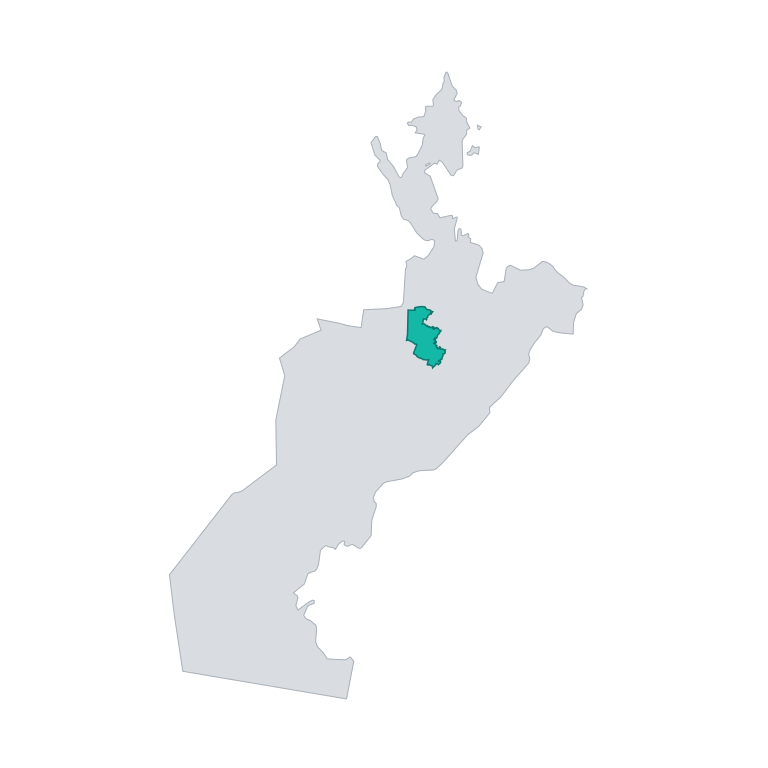 Nurata, Navoi, Uzbekistan shown in context, rotated 277°
{"feature_id": "79887680B28423618609803", "entity_name": "Nurata", "entity_type": "district", "adm_level": 2, "iso_a3": "UZB", "parent_name": "Uzbekistan", "parent_adm1": "Navoi", "projection": "robinson", "projection_center": [65.941, 40.555], "detail": "fine", "context": "in_parent", "style": "filled", "palette": "teal", "viewbox_px": 768, "rotation_deg": 277, "n_neighbors": 0, "source": "geoboundaries", "source_scale": "gbopen_adm2", "svg_char_len": 5670}
<svg xmlns="http://www.w3.org/2000/svg" viewBox="0 0 768 768"><g transform="rotate(277 384 384)"><path d="M610.2,347.0L621.8,341.7L628.4,345.3L629.0,347.2L621.9,351.1L615.5,353.2L613.6,358.1L607.3,360.2L601.0,367.0L591.1,373.9L590.9,375.4L591.8,376.5L595.1,377.3L601.9,381.1L608.3,379.0L609.9,379.4L611.6,381.7L613.5,387.9L616.5,389.6L625.8,392.9L632.7,392.9L636.2,394.2L636.8,393.6L637.0,384.3L640.0,385.9L643.1,384.7L644.3,380.1L643.5,377.0L645.8,375.3L647.0,376.5L647.2,379.2L650.7,381.1L653.2,385.7L654.1,390.9L660.6,392.3L662.9,391.3L664.7,391.9L665.7,398.6L666.7,399.1L672.2,397.8L677.6,400.6L683.4,405.6L689.8,406.0L691.1,406.9L695.7,406.1L701.0,407.5L701.2,408.3L700.3,409.4L687.9,415.5L684.6,419.8L681.8,421.2L674.3,418.8L673.1,421.4L674.6,424.0L672.9,426.8L669.0,425.8L668.1,424.4L664.4,425.1L660.1,429.5L658.1,433.2L654.0,434.3L648.5,438.0L646.1,435.1L642.0,435.5L636.6,432.5L633.9,432.0L609.8,435.8L607.9,435.2L605.2,430.3L599.2,427.6L599.3,425.1L611.5,414.7L612.9,411.5L608.7,409.8L609.3,407.0L601.2,398.7L599.7,398.2L598.6,398.5L595.8,404.6L574.5,415.2L571.4,414.2L566.5,410.3L563.3,408.9L559.5,412.2L559.7,416.2L555.8,419.3L559.6,430.1L559.2,431.5L556.5,431.9L558.6,436.0L556.9,436.4L546.6,434.9L534.7,437.4L535.0,439.1L545.7,438.8L547.2,439.5L547.4,440.9L546.8,441.7L541.2,442.6L540.7,444.3L543.7,449.1L542.3,450.2L540.3,449.3L538.7,452.4L535.1,452.3L533.3,461.5L530.3,464.8L526.3,466.4L501.0,462.2L494.4,465.1L490.1,469.3L487.3,479.4L487.6,480.6L498.5,484.5L500.2,490.7L513.3,491.2L515.5,492.2L516.6,493.8L517.2,495.4L513.6,505.5L515.1,514.4L517.3,518.6L525.1,526.4L524.8,530.7L523.0,534.5L520.9,537.8L518.6,539.3L515.3,543.5L512.5,548.7L507.0,555.5L505.2,559.4L504.7,570.4L503.2,573.7L503.0,572.4L501.0,571.2L495.2,570.8L494.1,569.4L486.7,572.0L482.0,570.8L477.2,566.3L468.1,564.6L456.6,565.7L456.2,554.3L456.7,545.8L460.6,539.1L460.4,537.8L458.5,535.5L451.6,533.7L443.4,528.4L435.8,524.9L431.6,523.8L426.7,525.7L422.4,525.1L402.4,511.4L385.4,501.6L373.8,491.5L368.3,492.6L353.4,483.1L343.9,473.3L312.3,451.4L306.1,446.0L304.6,443.3L302.3,429.9L299.6,423.8L295.6,420.5L292.2,414.1L287.2,398.4L285.4,395.5L276.0,388.9L270.6,387.3L266.5,388.4L264.3,390.9L261.1,391.2L247.3,388.5L232.0,389.7L218.8,381.7L218.0,380.4L218.1,378.2L220.8,372.9L220.3,370.6L218.6,368.1L218.7,365.4L219.9,363.9L222.4,364.4L223.3,363.5L223.1,362.1L220.0,358.8L214.0,355.8L215.3,353.7L215.7,348.6L216.6,346.0L215.9,345.0L211.3,341.2L196.4,341.0L192.9,340.0L190.1,338.5L187.4,332.8L186.0,331.5L175.7,329.2L165.5,319.4L163.2,323.8L161.2,324.6L153.3,323.5L149.2,326.2L158.6,336.2L160.7,339.2L160.5,341.1L157.7,341.4L155.3,336.6L153.7,335.2L144.5,332.5L141.3,335.6L140.4,339.4L136.1,346.0L131.3,347.1L120.1,347.5L116.7,349.0L114.4,350.8L109.9,356.5L104.2,361.1L105.5,379.4L109.0,383.9L105.1,387.8L66.8,385.2L74.3,219.3L129.2,204.0L168.5,194.3L255.7,246.4L257.7,248.5L258.8,253.0L261.0,256.6L290.6,287.2L335.1,281.0L380.1,284.5L397.0,277.1L410.2,290.5L418.5,295.4L429.7,315.0L440.5,309.8L438.7,333.2L437.5,340.4L437.2,354.4L455.2,354.8L459.1,377.4L463.1,391.7L467.0,393.3L501.0,391.3L503.6,392.3L508.4,390.9L511.6,395.4L515.0,398.5L512.7,408.4L516.9,412.3L526.4,416.9L532.3,416.8L533.3,415.1L533.0,412.8L531.6,410.4L531.7,407.5L532.5,405.3L538.1,397.9L547.3,390.5L549.3,387.8L550.0,383.2L553.3,380.5L561.1,377.6L562.3,375.3L571.9,369.4L582.8,365.7L587.7,362.7L592.4,357.0L599.3,351.0L601.9,351.0L603.9,352.8L605.5,352.9L610.2,347.0ZM609.1,402.6L607.7,399.7L606.0,398.6L605.2,399.1L608.0,402.7L609.1,402.6ZM630.6,449.8L623.4,449.7L624.6,445.3L621.9,443.2L621.3,440.9L621.9,438.9L623.6,438.2L625.8,441.3L631.3,442.7L629.6,445.8L631.0,449.2L630.6,449.8ZM652.3,445.1L651.0,449.1L647.8,447.4L648.3,446.3L652.3,445.1Z" fill="#d9dde1" stroke="#a8b0b8" stroke-width="1"/><path d="M461.7,423.5L462.0,422.0L462.9,421.0L463.3,417.3L463.9,416.5L465.5,415.3L465.5,412.0L464.4,407.7L463.6,405.4L462.3,405.2L461.8,405.9L460.9,405.8L460.3,398.9L436.0,401.3L430.0,401.1L430.6,402.5L430.4,403.5L429.9,404.3L429.3,406.8L428.7,407.5L428.1,408.9L427.4,409.7L427.6,410.8L427.2,411.8L418.4,409.6L417.6,409.8L417.2,410.7L416.8,412.0L416.1,412.9L415.1,413.6L414.6,415.2L414.1,416.0L414.1,417.1L413.7,418.5L413.0,419.8L413.1,424.4L413.5,424.9L413.5,425.4L410.2,424.7L408.5,424.6L408.1,425.5L408.8,426.1L407.6,429.9L406.0,430.3L409.7,433.2L410.7,433.3L410.5,434.8L409.8,435.6L410.4,436.0L411.1,436.9L412.6,437.6L413.6,437.2L413.1,436.5L413.4,435.2L413.8,435.4L414.2,436.4L415.3,437.3L415.5,438.3L416.3,438.5L417.7,438.6L419.4,439.1L419.9,438.8L420.9,438.6L421.5,440.5L422.4,440.8L423.7,440.8L424.2,440.3L425.3,440.8L425.4,439.4L425.8,438.4L425.8,437.5L425.5,437.3L425.6,435.8L427.3,435.6L427.6,434.5L425.9,434.4L426.0,433.7L426.0,433.3L425.6,432.9L426.3,432.5L426.7,432.4L426.7,431.8L427.2,431.8L427.5,431.5L428.4,431.7L428.4,430.9L429.1,430.9L430.0,430.2L430.0,429.6L430.6,428.5L431.0,429.1L431.9,429.4L431.4,430.1L431.5,430.8L432.3,430.7L433.6,429.4L434.1,429.4L434.2,428.2L435.4,428.8L436.0,428.9L436.2,429.6L435.6,430.1L436.4,430.8L437.2,431.1L437.9,430.8L439.5,431.5L441.0,432.8L442.1,432.9L443.4,434.0L444.1,433.9L443.3,432.8L445.3,431.5L446.0,430.6L446.4,429.2L445.4,428.9L446.0,427.2L444.6,427.1L444.8,425.9L445.4,425.6L446.7,425.8L446.8,425.0L445.8,424.8L445.8,423.3L446.4,422.4L445.7,421.7L446.8,420.5L446.8,420.1L446.3,419.8L446.4,419.5L447.3,419.5L447.3,418.2L448.3,417.3L448.7,416.1L448.7,415.4L448.3,414.7L449.4,415.0L453.5,415.3L453.4,417.7L452.9,418.2L453.6,418.5L454.3,418.3L454.7,418.5L455.3,418.8L455.6,419.2L457.4,419.2L457.7,419.5L458.2,420.4L459.0,421.3L460.3,421.5L459.3,422.3L459.8,422.5L460.2,422.7L461.0,423.0L461.7,423.5Z" fill="#14b8a6" stroke="#0f766e" stroke-width="1.5"/></g></svg>